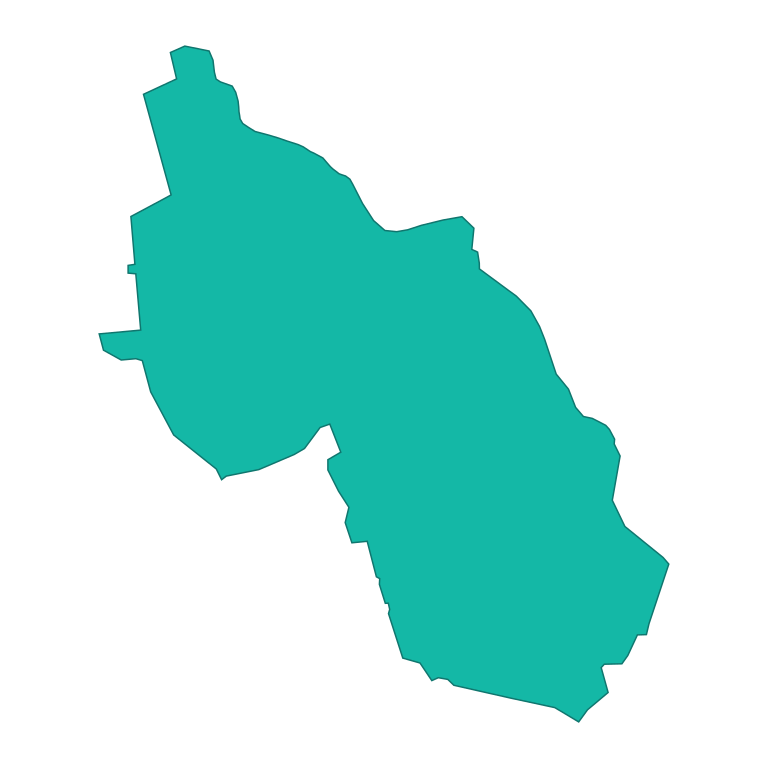 outline of Al Kamlin, Gezira, Sudan
{"feature_id": "16777658B48918222085465", "entity_name": "Al Kamlin", "entity_type": "district", "adm_level": 2, "iso_a3": "SDN", "parent_name": "Sudan", "parent_adm1": "Gezira", "projection": "equal_earth", "projection_center": [32.926, 15.143], "detail": "fine", "context": "isolated", "style": "filled", "palette": "teal", "viewbox_px": 768, "rotation_deg": 0, "n_neighbors": 0, "source": "geoboundaries", "source_scale": "gbopen_adm2", "svg_char_len": 1692}
<svg xmlns="http://www.w3.org/2000/svg" viewBox="0 0 768 768"><path d="M646.4,634.6L649.0,623.7L668.8,564.1L663.1,557.5L624.9,526.5L612.3,500.3L620.1,456.0L614.2,444.0L614.6,439.2L609.4,429.4L605.7,425.3L592.3,418.4L583.4,416.5L575.6,407.4L568.5,389.2L556.2,374.1L544.6,339.2L539.6,326.6L530.9,310.9L516.3,296.1L508.2,290.2L479.4,268.9L479.3,263.2L477.6,252.1L471.8,249.4L473.9,228.2L462.3,217.0L461.9,216.7L443.2,220.0L421.5,225.3L407.7,229.8L396.7,231.7L384.9,230.5L373.6,220.6L362.6,203.6L360.3,199.1L355.6,189.9L352.7,184.2L349.9,179.2L345.6,176.0L342.5,175.0L339.1,173.8L332.9,169.0L330.3,166.6L326.4,162.1L322.9,158.0L313.8,153.1L310.4,151.6L308.1,150.1L303.3,146.9L298.2,144.6L286.6,140.9L278.6,138.1L269.0,135.2L264.2,133.9L255.1,131.5L248.5,127.4L242.7,123.5L240.1,119.0L239.6,115.3L239.0,111.8L238.7,106.8L238.1,101.1L235.7,92.3L232.2,86.1L220.4,81.9L216.1,79.1L214.4,72.2L213.0,60.2L209.1,51.0L184.8,46.1L170.4,52.5L176.6,78.9L143.5,94.3L171.1,194.9L165.1,198.2L130.9,216.5L134.9,264.3L128.1,265.4L128.1,273.1L135.8,273.8L140.7,330.1L99.2,333.9L103.5,350.2L121.2,360.0L135.9,358.7L142.3,360.6L150.7,391.9L173.7,435.0L216.3,469.0L221.6,479.7L226.3,476.1L258.8,469.6L294.2,454.5L304.5,448.5L320.1,427.5L329.8,424.1L340.8,452.2L327.9,459.7L327.9,470.0L338.5,491.1L348.9,507.3L345.2,522.6L351.9,542.8L367.2,541.3L376.4,576.8L379.7,578.6L379.4,584.4L385.3,603.3L388.3,603.2L389.7,609.4L388.5,613.6L402.8,658.1L413.7,661.2L420.0,663.0L431.8,680.6L438.3,677.7L447.8,679.4L453.9,685.3L493.8,694.3L511.5,698.3L554.8,707.6L578.7,721.9L587.5,709.8L608.1,692.5L601.2,667.6L604.3,664.2L621.9,663.8L627.8,655.5L637.4,634.9L646.4,634.6Z" fill="#14b8a6" stroke="#0f766e" stroke-width="1.5"/></svg>